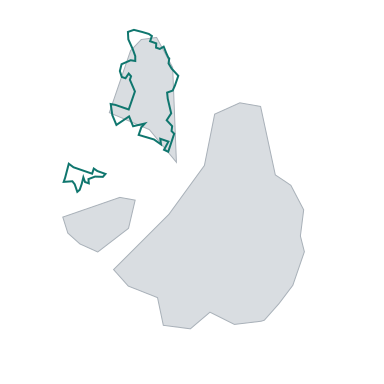 Islands highlighted on a map of Hong Kong S.A.R., rotated 109°
{"feature_id": "HKG-5170", "entity_name": "Islands", "entity_type": "state/province", "adm_level": 1, "iso_a3": "HKG", "parent_name": "Hong Kong S.A.R.", "parent_adm1": "", "projection": "natural_earth1", "projection_center": [113.979, 22.247], "detail": "fine", "context": "in_parent", "style": "outline", "palette": "teal", "viewbox_px": 384, "rotation_deg": 109, "n_neighbors": 0, "source": "natural_earth", "source_scale": "10m", "svg_char_len": 1596}
<svg xmlns="http://www.w3.org/2000/svg" viewBox="0 0 384 384"><g transform="rotate(109 192 192)"><path d="M153.5,100.7L155.0,99.1L172.5,80.6L198.3,75.2L211.9,66.3L247.4,66.3L269.2,73.4L289.7,81.9L291.7,84.6L303.4,108.8L299.8,135.9L321.9,149.0L327.4,175.7L303.1,190.2L301.7,221.6L290.9,240.9L220.7,206.6L162.9,188.9L111.0,195.9L92.1,175.8L88.8,155.0L148.7,118.8L153.5,100.7ZM143.9,296.0L78.4,296.1L64.3,289.6L57.4,275.8L80.6,250.8L169.0,216.4L146.9,252.6L143.9,296.0ZM271.3,296.0L257.8,306.0L220.6,258.5L218.2,243.1L247.0,240.2L279.4,261.6L277.6,281.1L271.3,296.0Z" fill="#d9dde1" stroke="#a8b0b8" stroke-width="1"/><path d="M61.5,304.7L57.6,299.7L56.9,291.2L56.6,284.3L57.6,280.7L63.1,280.7L63.1,274.2L67.2,273.0L67.2,269.0L63.8,266.1L64.1,265.8L68.9,261.7L72.7,258.1L73.1,257.0L78.1,256.0L82.0,251.4L86.6,242.8L96.8,242.8L102.4,243.3L106.1,247.9L111.7,245.3L124.4,237.3L132.4,239.3L136.2,232.2L141.0,231.2L142.7,227.8L161.7,227.6L161.2,232.2L152.0,230.7L152.0,239.3L157.1,236.8L154.7,245.1L155.4,261.0L147.4,261.0L142.6,258.9L149.0,269.1L141.0,276.1L153.2,285.3L145.2,292.4L135.3,297.5L134.6,292.9L134.6,278.7L128.3,278.7L123.1,278.7L115.5,278.7L106.1,287.3L102.4,287.3L100.6,290.4L106.1,291.9L106.1,295.9L101.1,299.6L94.1,300.2L87.4,292.9L86.6,288.3L82.0,289.9L76.4,294.4L68.4,301.9L61.5,304.7ZM219.8,316.6L205.4,317.7L207.2,312.1L207.2,292.4L201.8,292.5L203.0,288.3L203.1,279.7L206.7,281.2L209.0,288.7L213.5,294.1L217.4,292.4L217.4,296.4L213.5,299.5L220.3,298.9L226.5,298.9L229.2,300.5L222.9,305.4L220.8,308.6L224.2,316.6L219.8,316.6Z" fill="none" stroke="#0f766e" stroke-width="2"/></g></svg>